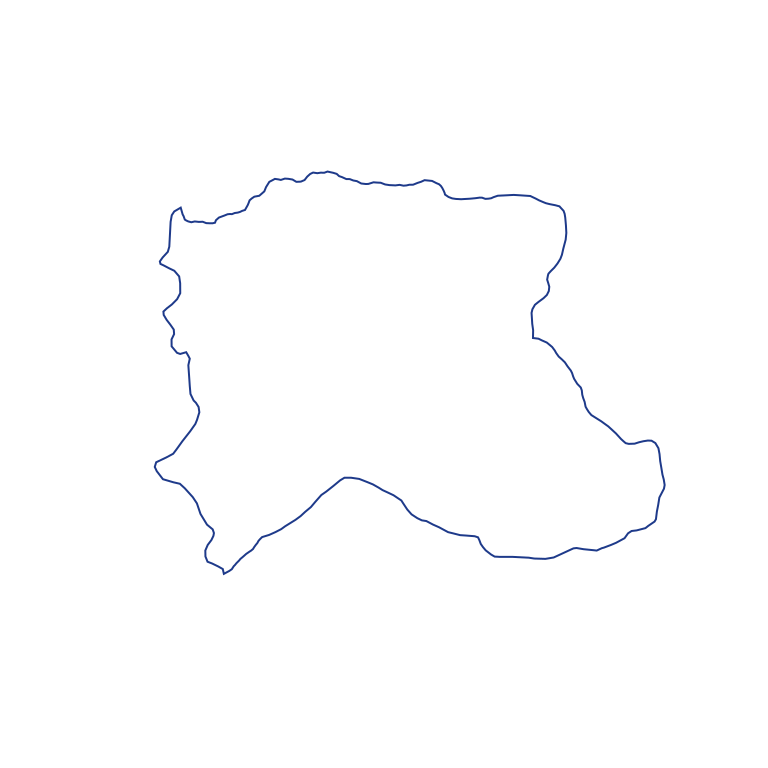 Thangrong, Mongar, Bhutan, rotated 151°
{"feature_id": "84629894B4520468763677", "entity_name": "Thangrong", "entity_type": "district", "adm_level": 2, "iso_a3": "BTN", "parent_name": "Bhutan", "parent_adm1": "Mongar", "projection": "albers", "projection_center": [91.336, 27.203], "detail": "fine", "context": "isolated", "style": "outline", "palette": "blue", "viewbox_px": 768, "rotation_deg": 151, "n_neighbors": 0, "source": "geoboundaries", "source_scale": "gbopen_adm2", "svg_char_len": 4354}
<svg xmlns="http://www.w3.org/2000/svg" viewBox="0 0 768 768"><g transform="rotate(151 384 384)"><path d="M278.7,135.2L273.1,134.8L271.1,134.3L263.6,133.2L258.0,132.6L248.4,132.5L242.9,135.1L238.7,135.4L234.1,133.5L225.2,131.2L221.6,131.8L214.1,132.5L211.7,133.9L207.2,140.1L202.9,145.2L198.2,151.2L189.9,156.7L187.5,159.6L185.6,164.9L184.4,169.7L182.4,175.3L179.8,182.7L177.0,189.1L175.1,194.8L175.3,200.8L177.5,204.7L180.6,206.6L184.9,208.2L189.2,209.4L193.7,210.3L199.0,213.0L201.3,215.1L202.3,217.8L203.4,221.1L205.1,228.3L208.4,238.2L210.1,241.8L212.1,246.1L215.4,252.1L217.7,256.3L218.5,260.3L218.7,264.0L218.7,266.4L217.2,271.1L216.6,275.1L215.8,278.5L214.1,282.5L213.6,285.5L214.9,290.5L215.2,296.3L214.9,298.9L214.2,302.4L214.1,305.1L214.9,310.4L215.3,315.3L216.6,319.6L217.9,323.3L218.4,327.6L218.4,330.5L219.0,334.9L221.5,341.3L224.7,345.5L226.9,348.7L231.4,352.0L227.5,358.7L225.2,364.7L222.9,369.5L220.5,374.6L218.0,377.4L213.6,380.1L209.0,380.9L202.9,381.7L198.4,382.9L194.8,385.4L192.3,388.9L191.5,392.3L190.7,396.2L187.8,399.7L186.6,400.8L183.3,401.9L178.7,403.2L173.8,405.3L169.0,408.0L165.7,410.8L161.6,415.4L155.1,422.2L151.3,427.7L147.9,434.7L144.8,441.7L143.5,445.3L143.0,448.4L144.0,452.5L144.4,454.3L147.5,457.3L151.9,461.0L154.7,463.6L156.5,465.8L159.3,469.4L161.4,472.6L163.2,475.1L164.9,477.5L173.4,483.0L178.9,486.5L186.5,490.2L193.2,493.5L197.6,494.3L200.2,494.5L202.7,495.4L205.6,496.8L207.9,499.4L209.9,500.6L214.0,502.2L218.8,504.3L226.9,508.2L231.4,511.0L234.4,513.3L236.9,516.3L238.8,520.1L238.4,521.5L238.1,524.2L238.0,527.1L238.2,529.6L239.0,532.0L240.8,534.3L243.5,538.3L249.7,542.6L253.6,542.9L257.1,543.6L261.9,544.2L265.3,546.0L268.1,546.8L270.8,548.0L273.8,550.6L277.8,552.2L279.7,553.4L282.8,555.3L286.3,558.0L289.3,561.6L293.0,563.9L295.4,565.5L300.8,566.6L303.2,567.9L306.7,570.4L309.4,574.6L312.2,576.9L314.6,579.8L317.6,581.5L320.5,585.4L322.5,587.6L323.5,590.7L326.1,593.4L328.5,595.5L330.4,597.2L333.7,597.7L337.1,599.6L340.1,600.7L343.5,603.3L346.7,603.5L350.6,602.6L354.6,600.9L358.5,601.3L360.3,602.1L362.7,603.4L364.9,607.2L368.3,609.9L371.1,611.7L375.3,612.5L377.1,614.1L380.0,616.3L381.7,616.3L386.3,616.4L391.7,613.4L395.3,610.5L399.0,609.7L401.8,609.1L406.6,610.7L409.8,610.4L412.5,609.8L414.6,608.0L416.5,606.5L421.2,603.6L424.2,604.2L426.5,604.3L428.8,604.8L431.6,605.9L434.7,606.3L436.2,607.3L438.5,608.3L441.8,608.7L447.7,609.6L451.6,608.7L453.6,607.0L456.1,607.7L458.4,609.0L461.5,610.9L463.9,613.8L467.3,615.5L470.7,617.9L474.1,618.9L476.4,621.1L477.7,622.9L478.5,624.4L477.9,628.0L477.9,629.9L476.3,636.8L483.8,636.6L487.8,634.5L492.0,629.3L505.2,608.2L509.0,604.4L516.2,602.0L520.6,599.9L521.3,597.4L519.4,594.8L515.7,589.2L512.5,584.7L511.0,577.4L513.4,571.0L518.2,562.2L523.8,558.5L531.0,556.4L537.0,555.5L541.8,554.3L543.2,551.2L543.0,545.4L542.1,539.4L541.5,533.5L543.4,529.4L548.2,526.0L551.5,519.9L549.9,511.6L547.7,509.1L541.6,507.7L541.5,503.4L541.6,500.3L546.0,495.3L551.7,483.1L554.8,476.5L558.1,469.1L558.5,461.9L557.6,458.8L557.3,453.8L559.2,448.8L564.9,443.3L568.4,440.5L576.5,436.6L588.1,431.7L597.2,427.4L602.2,425.2L610.0,425.3L621.2,426.0L624.7,422.6L625.0,417.9L623.5,407.9L615.8,400.1L610.9,395.7L608.8,389.4L606.1,377.8L605.5,370.3L607.5,359.3L607.0,346.8L604.3,339.9L605.0,336.1L606.8,333.9L610.6,331.2L616.2,328.7L621.0,325.0L623.8,319.7L624.5,314.1L621.4,310.4L617.4,304.7L614.7,300.3L616.1,295.6L610.0,295.5L606.9,295.8L603.7,297.5L602.2,297.9L600.0,298.8L597.9,299.4L596.2,299.9L594.5,300.6L591.9,301.1L590.0,301.5L586.9,302.2L584.8,302.4L582.9,302.6L581.1,302.7L578.5,303.2L576.8,304.2L574.0,305.5L571.9,306.3L569.9,307.6L567.7,308.4L564.8,309.2L557.7,307.7L550.8,307.1L544.3,306.9L539.4,307.5L527.3,308.1L521.0,308.9L514.9,310.4L507.6,311.8L501.3,314.2L492.6,317.3L486.7,317.9L477.6,319.4L469.1,321.0L464.0,321.2L458.4,318.1L451.7,313.0L446.0,306.1L442.4,301.6L438.9,295.9L436.7,291.9L433.4,287.4L429.6,282.1L427.0,277.0L425.3,273.7L425.1,270.5L424.5,262.9L423.1,256.6L419.9,250.5L417.0,246.4L413.4,243.6L409.3,237.3L405.3,232.0L399.8,223.4L395.9,219.8L390.7,214.9L386.2,212.0L378.5,206.9L376.1,204.3L376.3,201.2L376.9,197.2L376.5,193.3L375.7,189.2L373.0,182.9L370.9,179.4L366.1,176.4L355.4,170.5L341.6,161.9L337.2,158.5L327.6,152.8L319.7,150.0L298.0,148.4L295.1,147.2L289.6,142.8L281.1,136.9L278.7,135.2Z" fill="none" stroke="#1e3a8a" stroke-width="2"/></g></svg>